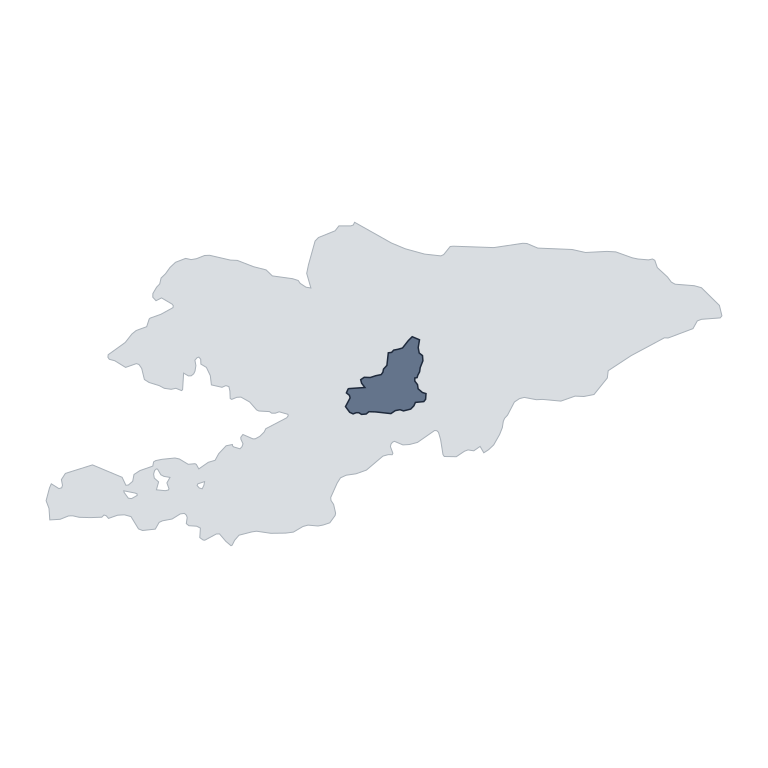 Ak-Talaa, Naryn, Kyrgyzstan shown in context
{"feature_id": "92254566B17697144541552", "entity_name": "Ak-Talaa", "entity_type": "district", "adm_level": 2, "iso_a3": "KGZ", "parent_name": "Kyrgyzstan", "parent_adm1": "Naryn", "projection": "equal_earth", "projection_center": [74.786, 41.313], "detail": "fine", "context": "in_parent", "style": "filled", "palette": "slate", "viewbox_px": 768, "rotation_deg": 0, "n_neighbors": 0, "source": "geoboundaries", "source_scale": "gbopen_adm2", "svg_char_len": 4465}
<svg xmlns="http://www.w3.org/2000/svg" viewBox="0 0 768 768"><path d="M153.6,461.9L155.7,460.6L162.1,459.3L175.0,458.0L179.4,459.0L188.2,464.3L195.0,463.7L196.3,464.4L198.8,468.9L208.3,462.3L215.1,460.3L218.7,453.7L226.1,445.8L232.4,444.5L232.5,445.8L233.6,446.9L240.0,448.8L242.0,446.7L243.0,443.8L240.9,439.2L240.8,437.3L242.9,434.5L253.0,438.9L255.3,438.8L259.9,436.3L264.2,432.0L265.8,428.7L286.7,417.8L288.2,415.8L287.9,414.3L279.2,411.8L275.3,413.2L271.7,413.2L269.5,411.6L258.9,411.0L256.6,409.9L249.7,402.0L241.0,397.1L236.8,397.3L231.7,399.4L230.2,398.5L229.9,391.0L228.9,386.6L225.9,385.6L222.0,387.3L211.4,384.9L210.3,375.6L206.4,367.4L200.9,364.1L200.7,359.2L198.8,357.1L197.1,357.7L194.9,360.2L195.9,365.6L195.0,371.1L193.7,373.8L191.2,375.8L188.4,375.9L183.6,373.1L182.6,389.6L181.6,390.6L175.9,388.3L171.2,389.3L164.3,388.3L159.2,385.6L149.1,382.5L144.4,379.5L141.7,368.4L139.0,364.5L136.4,363.6L125.6,367.4L114.7,360.7L109.3,359.3L107.9,357.2L108.2,354.7L125.2,342.5L131.9,334.0L136.2,330.5L146.7,326.7L149.2,319.0L150.2,318.1L160.9,314.3L173.0,307.6L173.3,305.7L172.1,304.1L161.5,297.9L156.0,300.7L152.8,297.2L152.9,293.5L156.6,287.2L159.7,284.0L161.1,278.0L165.4,273.9L170.0,267.5L175.5,262.3L185.6,258.4L191.2,259.6L196.5,258.7L204.6,255.5L209.6,255.3L230.4,260.1L237.3,260.4L253.5,266.7L266.1,269.9L272.3,275.9L292.6,278.7L298.2,280.5L300.2,283.4L306.0,287.2L310.9,288.0L306.7,273.4L308.5,264.7L315.1,241.0L318.5,237.5L335.1,230.8L338.9,225.9L350.8,225.9L353.3,225.0L354.6,222.3L391.4,243.0L405.3,248.8L424.6,254.1L440.9,255.9L443.7,254.6L450.2,246.5L453.3,246.2L493.8,247.6L522.7,243.3L526.9,243.5L537.8,248.1L572.1,249.5L585.5,252.5L606.9,251.4L615.8,251.9L632.2,257.8L637.9,259.0L648.5,259.9L652.5,259.0L654.8,260.3L657.3,267.6L667.5,277.0L671.3,282.1L675.1,284.2L694.2,285.7L701.4,287.7L719.4,305.4L721.9,315.8L720.2,317.9L701.5,319.3L697.3,320.9L693.0,328.6L668.1,338.0L664.4,337.8L631.2,355.6L608.2,370.7L607.3,378.0L594.0,394.5L583.8,396.5L575.1,396.1L560.9,401.1L542.6,399.4L536.4,399.7L524.3,397.4L519.5,398.6L514.4,402.0L507.5,415.2L504.6,418.3L503.3,421.3L502.3,427.7L499.6,434.5L493.7,444.9L488.6,449.7L483.8,452.8L480.1,446.4L473.8,450.8L468.0,449.9L464.5,451.2L456.3,456.7L444.3,456.5L443.0,454.6L440.6,439.5L438.5,432.3L436.8,430.7L434.6,430.5L417.5,442.4L409.5,444.5L402.9,444.9L394.4,441.3L392.5,442.2L391.0,444.1L390.4,446.6L392.9,453.3L392.2,454.7L388.3,454.6L382.9,456.1L366.4,470.1L356.0,473.8L346.2,475.2L340.5,477.8L337.2,483.0L330.7,497.5L331.0,500.5L333.6,504.4L335.6,513.2L335.1,515.5L329.8,522.8L323.2,525.0L318.0,526.0L308.0,525.1L302.9,526.5L293.4,532.1L285.6,533.1L270.9,533.3L256.5,531.2L251.8,531.9L239.0,535.2L234.6,540.3L232.2,545.1L231.0,545.7L225.9,541.4L219.5,533.9L216.3,534.0L204.8,540.2L203.1,540.0L199.8,537.6L200.4,528.1L196.7,526.2L188.9,525.7L186.3,523.6L187.2,517.5L186.4,515.2L184.4,513.4L180.3,513.9L172.1,519.0L162.5,520.8L159.1,522.4L155.3,529.1L142.6,530.5L138.5,528.9L131.0,516.6L124.4,514.8L117.6,515.2L108.5,518.4L106.3,515.8L104.0,515.0L101.8,517.2L90.6,517.6L79.2,517.3L72.8,515.8L68.6,515.9L60.1,519.3L49.8,519.9L49.0,508.4L46.1,500.7L49.5,487.9L51.3,483.8L58.9,488.6L61.7,487.8L62.5,485.3L61.4,479.6L65.4,473.4L92.5,464.9L122.1,477.3L125.9,485.3L128.4,485.0L132.7,481.3L134.0,474.5L139.9,470.6L152.8,466.1L153.6,461.9ZM168.4,490.0L169.0,488.8L166.9,482.9L170.0,477.4L164.0,476.4L160.9,474.8L157.6,469.2L156.4,468.9L154.6,470.5L153.6,474.1L154.3,478.1L158.6,481.9L156.4,489.8L165.3,490.7L168.4,490.0ZM137.2,495.4L137.0,493.8L134.9,493.0L123.8,490.8L124.1,492.4L128.3,498.2L131.6,498.6L137.2,495.4ZM203.9,485.3L204.6,481.6L197.9,483.8L197.1,485.6L199.3,488.0L202.2,488.8L203.9,485.3Z" fill="#d9dde1" stroke="#a8b0b8" stroke-width="1"/><path d="M353.1,413.9L356.2,412.7L358.9,412.7L361.5,414.4L366.2,414.0L368.9,411.7L375.5,411.9L390.9,413.6L395.3,410.6L400.0,409.7L403.5,410.9L410.7,409.1L413.9,405.8L415.4,402.4L423.8,401.6L425.6,399.3L426.0,393.6L422.4,392.5L418.1,388.8L417.5,384.6L414.8,381.1L414.8,378.0L417.1,377.6L417.8,375.2L419.6,371.8L420.2,367.6L422.9,360.8L422.5,355.6L419.2,353.0L418.2,347.6L419.5,339.8L412.2,336.7L408.3,340.6L402.5,348.0L397.9,349.3L393.7,350.1L391.6,352.4L388.3,352.8L386.9,365.4L383.5,369.1L382.9,372.2L381.2,374.6L375.8,375.7L370.3,377.5L370.0,377.5L364.2,377.3L360.7,379.7L361.6,383.2L364.9,387.5L348.8,388.6L348.1,389.0L346.4,392.9L349.4,395.3L350.1,397.9L345.5,406.6L349.7,412.3L353.1,413.9Z" fill="#64748b" stroke="#1e293b" stroke-width="1.5"/></svg>